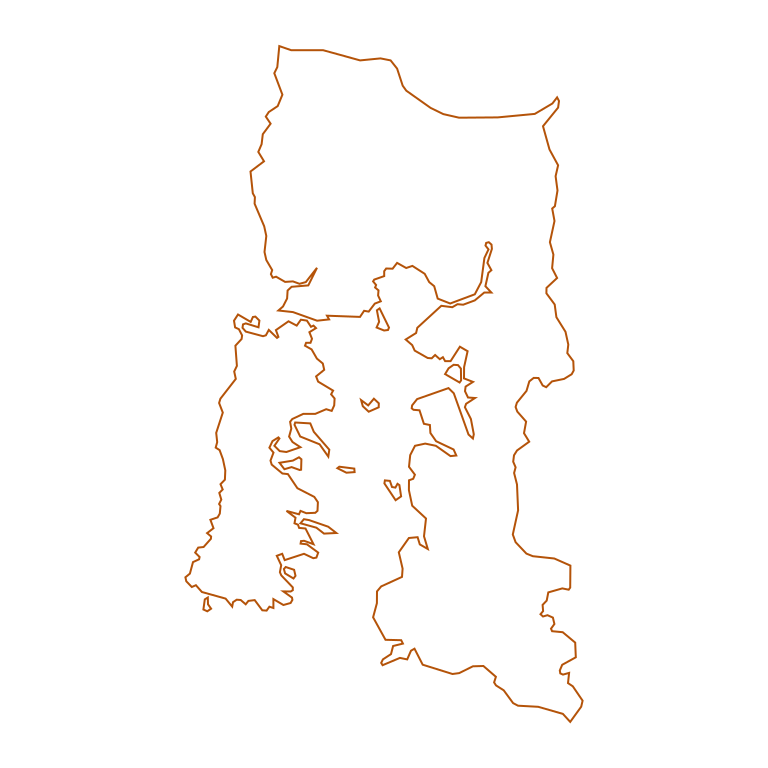 outline of Los Lagos
{"feature_id": "CHL-2704", "entity_name": "Los Lagos", "entity_type": "Region", "adm_level": 1, "iso_a3": "CHL", "parent_name": "Chile", "parent_adm1": "", "projection": "robinson", "projection_center": [-73.115, -42.159], "detail": "fine", "context": "isolated", "style": "outline", "palette": "amber", "viewbox_px": 768, "rotation_deg": 0, "n_neighbors": 0, "source": "natural_earth", "source_scale": "10m", "svg_char_len": 6125}
<svg xmlns="http://www.w3.org/2000/svg" viewBox="0 0 768 768"><path d="M567.3,353.1L573.3,361.2L573.7,370.5L571.7,374.2L564.1,378.9L552.0,381.4L546.2,387.2L542.7,385.5L538.5,378.0L533.7,377.9L529.3,381.4L526.5,390.9L516.9,402.7L515.6,407.0L517.3,411.6L526.1,421.6L524.0,433.2L529.2,441.7L517.0,450.5L514.0,455.3L513.2,461.7L515.6,467.3L514.1,473.0L517.0,484.5L518.1,510.3L512.8,534.5L515.6,542.2L526.4,553.6L532.8,556.2L554.3,558.5L570.4,565.6L570.2,587.6L568.7,589.7L562.3,588.4L548.3,592.4L546.7,600.6L542.6,604.9L543.1,611.1L540.5,614.2L543.0,616.5L547.5,615.2L552.9,617.6L554.4,624.0L551.0,628.7L552.1,631.2L562.7,632.2L575.2,642.6L575.8,657.3L562.2,664.8L559.8,670.5L560.3,673.4L563.0,674.6L569.1,672.9L568.0,683.1L572.8,686.3L582.6,700.7L581.2,706.7L570.2,721.9L562.9,713.9L538.2,706.8L518.0,705.7L513.1,703.1L503.7,690.3L496.0,685.4L494.1,682.4L495.9,676.8L483.4,666.0L472.9,666.3L459.2,673.1L452.5,674.0L422.7,664.7L414.5,648.7L411.0,650.7L407.2,659.4L399.9,657.9L382.6,665.2L381.2,662.9L382.9,659.4L391.0,654.1L393.1,646.0L402.9,643.6L401.2,640.2L385.5,639.8L373.1,617.3L376.9,603.2L377.0,591.4L381.2,586.4L402.0,576.9L402.6,568.7L398.8,552.3L408.9,538.0L417.6,537.2L419.8,544.4L427.8,549.0L424.0,536.3L426.0,518.5L412.2,505.7L408.9,490.1L409.0,480.3L413.2,478.8L414.9,474.7L409.0,466.8L410.2,455.1L415.0,445.8L425.2,443.6L435.9,445.8L450.5,456.1L456.3,455.5L453.6,449.5L436.1,441.2L430.4,433.0L429.9,425.0L423.9,423.8L419.5,410.3L413.5,409.8L411.7,408.3L412.1,405.4L417.1,399.1L448.5,388.1L453.8,393.3L468.5,434.5L472.9,438.5L473.8,434.3L470.9,419.0L464.9,407.2L466.1,403.8L475.0,398.0L468.0,397.5L465.0,391.2L465.6,386.6L473.0,381.9L464.0,378.4L464.1,367.1L467.6,351.2L459.9,346.7L450.6,361.1L445.1,361.1L442.9,357.2L439.8,359.2L435.1,355.0L431.7,358.3L427.7,358.0L414.7,350.6L412.2,345.1L405.7,339.5L416.1,333.0L417.3,327.8L441.3,305.8L452.3,307.2L457.5,304.2L463.2,304.7L474.8,300.4L484.3,292.5L491.3,292.5L485.4,286.2L488.4,272.8L491.4,270.2L487.4,262.9L491.9,248.9L491.5,244.6L488.8,242.2L486.2,242.9L485.5,245.6L488.5,249.4L484.4,258.0L481.2,282.1L474.8,294.3L450.2,303.5L437.7,298.6L434.2,286.2L429.2,282.1L424.7,273.8L412.4,265.9L406.2,268.0L397.1,262.9L392.6,268.7L386.2,268.5L384.2,271.2L384.2,276.1L374.2,279.6L373.1,281.4L376.1,285.0L375.1,287.5L378.5,290.4L378.1,295.5L380.8,301.3L374.8,303.6L368.7,311.6L364.1,310.8L360.0,316.9L327.0,315.7L329.1,319.4L317.1,320.7L293.0,312.1L278.4,310.5L283.0,306.5L287.1,298.5L287.6,290.5L291.6,286.8L308.3,285.4L317.0,267.8L305.8,282.1L299.5,283.8L292.9,281.4L285.1,281.9L276.1,276.7L272.7,277.7L270.9,274.1L272.2,270.1L266.3,260.0L264.5,252.0L266.3,236.0L264.2,226.3L254.6,203.7L254.9,197.1L252.8,193.3L250.5,171.5L264.0,161.3L258.3,151.9L261.6,144.2L262.8,134.2L270.6,123.7L265.8,116.6L268.8,112.0L277.7,106.1L282.4,94.7L274.3,73.2L277.3,67.1L279.3,46.1L291.2,50.2L323.1,50.2L360.1,60.4L380.5,58.4L390.6,60.4L397.1,68.6L402.7,85.7L406.3,90.7L430.6,107.9L443.3,114.1L459.1,117.7L497.7,117.4L534.8,113.9L552.4,103.5L557.1,97.4L559.0,101.0L558.1,107.6L543.0,126.2L549.5,149.5L558.1,165.3L555.6,176.2L557.5,190.5L554.9,206.2L552.2,208.5L554.5,221.0L549.9,242.2L553.4,254.6L552.1,268.2L557.1,278.0L546.5,287.9L546.4,293.3L554.7,304.5L556.4,317.2L565.5,331.8L568.3,344.6L567.3,353.1ZM195.9,585.2L191.8,587.0L186.3,581.3L185.4,577.3L189.9,573.6L193.0,562.1L199.1,559.3L199.6,557.0L195.2,552.6L198.2,547.6L203.6,547.0L210.9,538.8L211.1,536.5L207.1,533.1L213.5,528.2L210.4,519.8L217.6,517.4L219.8,513.6L220.5,506.1L219.1,504.0L221.3,499.6L219.3,492.9L222.7,489.5L220.5,484.2L224.9,479.7L225.3,470.4L222.9,459.1L219.6,450.1L215.7,447.6L217.2,442.1L216.2,432.9L222.8,412.6L219.1,403.0L220.4,398.7L235.8,378.9L234.2,371.5L236.9,365.9L235.4,345.7L241.6,339.0L242.1,335.4L238.9,329.2L235.1,327.4L234.0,320.7L238.0,314.5L250.7,321.9L252.9,317.0L255.4,316.6L259.4,320.6L258.5,327.3L245.8,323.4L243.0,324.4L242.5,327.8L245.8,331.6L263.0,336.2L265.9,335.3L268.8,329.9L277.0,337.9L278.4,336.9L275.9,330.1L288.5,321.3L296.7,325.6L300.9,319.7L306.9,320.6L311.0,326.8L313.5,325.6L316.0,328.1L309.4,332.2L312.0,338.8L310.5,342.8L306.1,342.8L305.0,345.7L311.6,349.4L316.9,358.6L322.8,363.5L324.2,369.8L316.1,376.4L318.1,381.6L333.1,390.6L331.1,394.3L334.6,398.5L334.2,405.4L331.7,410.9L326.2,409.2L315.2,413.9L303.2,413.9L292.3,419.0L290.1,421.8L291.3,428.6L289.1,436.6L292.5,442.0L300.4,447.2L286.4,452.0L279.7,451.1L274.4,445.8L279.4,438.5L278.4,437.4L272.5,441.1L269.4,447.7L273.5,452.6L270.5,460.6L271.7,464.6L282.4,473.5L287.9,474.1L297.4,488.2L314.3,496.9L317.9,502.2L317.5,510.8L315.3,512.8L306.3,513.2L300.5,510.9L299.0,514.3L286.5,510.9L295.5,517.7L294.5,523.3L298.0,524.7L299.1,527.9L305.5,528.5L313.5,544.2L304.1,540.8L301.0,541.1L300.6,543.6L306.9,544.3L318.2,552.6L316.4,557.6L313.3,558.2L304.0,553.8L284.7,560.1L282.2,553.8L276.8,555.8L281.2,565.2L279.9,572.2L281.3,575.4L292.8,587.4L292.8,590.2L290.7,591.5L283.3,591.4L292.0,597.6L292.4,599.9L290.6,603.0L283.4,605.0L273.4,599.1L273.4,608.0L269.4,606.7L266.6,610.6L262.3,610.3L254.7,600.1L248.4,600.9L245.7,604.3L240.7,600.0L236.7,599.7L233.0,602.2L232.2,606.6L225.6,598.6L201.9,592.0L195.9,585.2ZM329.3,449.7L328.3,456.6L319.6,444.3L300.2,436.5L294.5,424.8L295.2,422.5L310.3,423.4L313.8,431.8L329.3,449.7ZM459.6,382.5L445.1,374.1L448.6,368.3L453.6,364.8L458.0,365.1L460.9,368.6L461.1,380.4L459.6,382.5ZM300.5,523.3L303.9,519.2L309.1,520.1L328.2,526.7L336.3,533.0L324.0,533.6L316.4,527.7L300.5,523.3ZM301.4,459.3L301.1,469.7L299.7,470.0L291.6,467.1L284.4,469.2L279.5,462.8L292.9,460.6L299.0,457.3L301.4,459.3ZM376.6,327.5L379.1,321.8L376.9,310.3L379.6,308.4L389.0,327.6L388.0,330.0L384.1,330.5L376.6,327.5ZM384.9,480.4L389.9,480.9L392.0,487.0L395.4,487.6L397.5,483.8L399.4,485.1L401.1,496.4L395.6,500.2L384.4,483.4L384.9,480.4ZM373.9,398.7L378.8,403.3L378.7,407.3L368.7,411.7L362.8,406.2L361.1,400.1L368.2,405.4L373.9,398.7ZM285.7,567.0L294.1,569.8L295.5,575.8L293.5,578.5L285.1,573.4L283.9,569.0L285.7,567.0ZM339.3,466.7L354.3,468.6L354.6,472.1L346.4,472.7L337.4,468.2L339.3,466.7ZM207.8,597.5L208.0,604.3L211.1,608.7L207.3,611.3L203.4,609.5L204.8,599.4L207.8,597.5Z" fill="none" stroke="#b45309" stroke-width="2"/></svg>